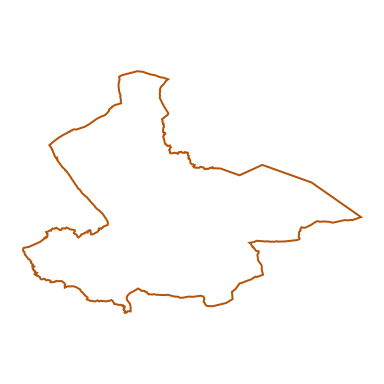 Modum nor, Buskerud, Norway
{"feature_id": "86288312B5778191287767", "entity_name": "Modum nor", "entity_type": "district", "adm_level": 2, "iso_a3": "NOR", "parent_name": "Norway", "parent_adm1": "Buskerud", "projection": "robinson", "projection_center": [9.903, 60.01], "detail": "fine", "context": "isolated", "style": "outline", "palette": "amber", "viewbox_px": 384, "rotation_deg": 0, "n_neighbors": 0, "source": "geoboundaries", "source_scale": "gbopen_adm2", "svg_char_len": 5877}
<svg xmlns="http://www.w3.org/2000/svg" viewBox="0 0 384 384"><path d="M35.8,275.2L38.5,276.2L39.7,276.9L39.7,277.3L40.4,278.0L40.4,278.7L41.1,279.3L42.1,279.4L44.0,278.7L45.0,279.1L45.9,280.3L47.9,280.0L50.4,280.6L50.7,281.2L50.5,282.2L50.9,282.4L54.8,281.9L55.2,281.4L56.5,280.8L57.2,281.3L60.1,281.0L62.1,281.3L64.2,282.9L64.6,283.8L65.2,284.4L64.7,285.3L64.8,287.6L68.0,286.2L69.7,286.5L73.2,286.2L76.4,287.3L80.2,289.5L80.5,290.5L81.2,291.5L82.8,292.7L83.6,294.0L84.7,294.8L84.8,295.3L87.6,297.5L87.4,298.3L86.8,299.3L87.5,299.7L89.2,300.2L90.2,300.9L92.5,300.9L94.8,301.5L97.7,300.4L99.0,301.4L100.7,300.8L106.4,301.4L108.0,300.8L109.5,300.9L111.5,300.0L112.4,300.7L114.1,303.3L114.7,303.7L114.6,304.1L117.1,304.4L118.5,304.9L121.4,304.9L122.0,305.2L122.4,306.0L123.2,305.4L123.6,305.7L123.7,306.2L124.5,306.3L124.8,306.6L124.6,307.5L123.9,308.0L123.9,308.5L124.2,308.8L123.6,309.6L124.9,310.9L124.6,311.9L125.2,311.9L125.1,312.8L126.1,312.8L127.1,312.0L127.3,311.5L128.1,311.2L130.6,311.4L130.6,306.8L130.0,303.9L127.1,300.0L126.7,298.3L127.0,296.5L127.8,295.2L130.1,293.0L136.0,289.9L138.0,288.5L140.5,289.9L141.7,291.0L143.3,290.7L144.4,290.9L145.4,291.9L146.4,291.9L146.8,292.1L146.9,292.7L148.2,293.7L148.6,294.4L150.1,294.2L152.0,294.6L153.9,294.2L156.3,294.7L163.6,295.1L167.8,294.8L174.8,296.6L177.9,296.7L180.1,297.8L183.6,297.6L188.4,296.6L193.0,296.8L200.2,295.8L201.7,296.0L202.4,296.4L203.3,296.5L203.8,297.2L204.4,298.7L203.6,301.8L204.5,302.5L204.5,303.0L206.0,305.3L207.3,306.0L212.9,306.2L226.1,303.0L232.6,299.1L232.0,291.8L235.4,289.2L239.6,283.4L242.4,282.7L246.9,280.8L250.8,279.6L255.5,276.6L256.9,277.0L263.0,274.7L261.8,269.7L261.7,265.9L261.3,264.8L258.1,260.4L257.4,254.5L258.7,253.0L258.7,251.9L258.5,251.2L256.5,251.1L256.0,250.8L254.2,248.3L253.0,247.4L253.3,247.2L251.4,245.1L251.0,243.8L249.6,242.8L254.2,242.0L256.3,240.8L261.3,241.1L264.7,241.5L267.4,241.3L271.2,241.8L272.0,241.6L274.3,241.8L276.3,241.3L279.0,241.6L285.2,241.4L296.8,240.1L299.3,239.2L299.6,238.7L298.8,236.9L298.8,235.3L299.1,234.8L299.0,232.8L299.3,231.8L299.9,231.4L300.0,230.8L300.5,230.6L300.3,229.6L301.5,227.2L302.7,227.6L305.2,227.7L310.9,225.0L314.6,222.5L316.7,221.4L318.0,221.2L319.5,221.7L324.4,221.5L329.0,221.8L332.8,222.7L344.7,220.1L347.9,220.4L350.3,219.9L352.6,220.0L361.0,217.1L311.6,182.5L262.3,164.9L239.5,175.3L220.4,168.5L212.7,168.2L212.9,167.8L212.9,167.4L212.2,167.3L209.3,168.2L208.6,168.8L207.6,169.0L206.8,168.6L204.9,169.2L204.0,168.4L203.7,167.6L200.7,166.8L200.1,166.9L199.7,167.4L198.9,167.8L194.4,167.6L193.4,166.6L194.2,166.2L194.2,165.7L194.6,165.4L194.7,165.1L193.7,164.9L193.3,164.3L191.8,164.3L190.4,163.0L190.3,161.0L189.6,158.8L188.7,158.8L188.6,158.5L188.9,158.3L188.4,157.9L188.8,157.1L188.4,156.1L188.7,155.8L187.8,155.1L187.7,154.1L187.9,152.7L186.5,152.7L185.0,152.0L184.6,152.2L184.5,152.8L182.6,152.8L181.3,151.8L178.7,152.2L178.3,153.5L177.7,153.8L177.0,153.2L174.4,152.7L171.9,153.4L170.0,153.0L170.0,151.6L169.1,150.0L170.0,149.0L170.2,147.9L170.9,147.3L169.5,146.1L169.7,145.6L167.2,145.9L166.4,144.4L165.4,144.3L164.8,142.9L163.8,138.3L163.4,137.9L163.2,136.5L163.4,136.0L164.0,135.5L163.9,134.8L165.4,133.7L164.8,132.8L164.0,132.8L163.0,132.0L163.3,131.4L163.0,130.2L163.3,128.1L163.4,127.5L164.1,126.8L164.1,125.9L163.5,125.2L163.5,124.7L163.1,124.3L163.5,123.6L162.9,123.3L162.4,121.1L162.6,120.6L162.0,119.1L163.6,118.0L164.4,117.2L166.2,116.1L166.3,115.8L167.8,114.8L168.0,113.9L168.4,113.4L163.8,106.0L159.8,98.1L160.0,95.1L159.7,93.9L160.1,91.4L160.0,89.2L160.9,87.0L163.9,83.9L166.0,80.9L168.1,79.3L163.1,77.6L160.0,77.2L155.3,75.3L150.1,74.3L144.9,72.6L143.5,71.9L137.4,71.2L122.3,75.1L119.1,76.7L119.6,79.7L118.7,83.2L118.5,85.9L119.1,90.5L119.0,90.9L120.6,95.8L120.2,96.8L120.8,99.2L120.9,100.8L120.7,101.2L120.9,101.6L121.2,103.3L114.8,105.1L112.1,106.7L111.8,107.5L109.7,108.9L109.0,109.9L109.1,110.6L108.6,111.5L105.2,115.0L101.5,116.4L96.6,118.9L89.5,124.0L84.7,126.8L76.0,129.6L74.4,129.3L73.0,129.6L72.5,129.8L72.1,130.5L70.3,130.8L70.0,131.6L68.1,132.1L67.5,132.9L64.7,134.1L59.1,137.4L55.0,140.4L49.4,145.1L51.6,148.3L52.0,149.1L51.8,149.5L52.7,150.5L53.3,152.5L53.9,153.6L54.0,154.4L54.5,155.2L55.2,157.1L56.2,158.1L56.9,157.6L57.1,158.8L57.5,159.1L57.0,159.8L61.0,165.2L61.8,166.5L64.7,169.3L65.3,170.5L66.0,170.6L67.3,172.3L70.9,177.4L71.7,179.0L72.9,180.4L73.8,182.1L74.3,182.7L75.8,185.1L76.5,185.7L77.9,188.4L79.8,189.7L82.3,193.4L87.3,197.7L90.3,201.4L95.1,206.6L95.1,207.0L96.1,208.0L97.5,209.4L98.5,209.9L102.9,214.1L107.2,220.7L107.9,223.1L107.8,224.7L106.4,225.5L103.4,226.5L102.8,227.7L101.0,228.2L100.9,228.9L99.1,228.4L98.8,229.0L98.6,229.1L98.9,230.3L98.4,230.6L98.1,231.3L97.2,232.1L94.9,233.0L94.6,233.5L93.3,234.1L91.3,234.5L90.7,233.2L90.8,232.3L90.4,231.5L90.5,230.5L90.0,230.1L89.6,230.1L88.0,231.0L88.3,231.3L87.7,232.5L85.9,232.2L84.3,233.2L84.4,233.4L81.1,234.6L81.0,235.4L78.4,237.5L77.5,236.8L76.6,234.7L73.9,233.3L73.9,232.7L74.9,231.1L74.8,230.3L74.3,230.0L70.1,229.3L66.7,227.5L66.3,227.6L65.3,228.6L62.2,228.3L61.8,228.7L61.5,229.7L60.6,230.1L59.7,229.9L58.4,228.9L56.8,228.3L56.4,227.8L55.4,228.1L54.6,228.8L52.6,228.5L51.3,229.6L51.5,229.8L51.2,230.6L49.1,230.7L48.4,231.4L46.2,232.0L46.8,233.3L47.2,233.6L47.0,233.9L47.6,235.0L47.5,235.8L46.7,236.4L47.0,237.0L46.2,237.8L45.7,237.2L44.9,237.6L44.4,238.0L44.5,238.5L40.3,241.8L29.1,246.8L23.6,247.9L23.2,249.0L23.2,249.9L23.0,250.4L23.5,251.2L24.4,252.0L24.3,252.4L25.0,254.8L25.9,255.4L26.5,256.7L27.6,257.7L27.9,258.7L29.1,259.3L30.2,260.2L30.7,261.4L31.1,261.6L30.8,262.1L31.1,263.0L33.2,264.9L33.1,265.2L32.3,265.9L32.8,266.4L33.1,266.2L33.8,266.4L33.2,266.8L33.6,266.9L33.6,267.4L32.7,268.7L33.6,269.7L33.5,270.1L33.7,270.4L34.4,270.5L34.8,271.0L34.6,271.2L34.9,272.0L36.7,272.7L35.8,273.3L36.5,274.0L35.9,274.5L35.5,274.4L35.2,273.9L34.7,274.1L35.8,275.2Z" fill="none" stroke="#b45309" stroke-width="2"/></svg>